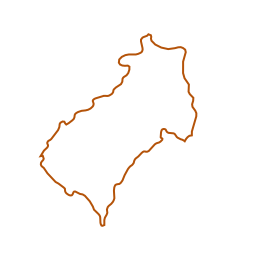 outline of Deux-Sèvres, rotated 234°
{"feature_id": "FRA-5285", "entity_name": "Deux-Sèvres", "entity_type": "Metropolitan department", "adm_level": 1, "iso_a3": "FRA", "parent_name": "France", "parent_adm1": "", "projection": "albers", "projection_center": [-0.346, 46.535], "detail": "fine", "context": "isolated", "style": "outline", "palette": "amber", "viewbox_px": 256, "rotation_deg": 234, "n_neighbors": 0, "source": "natural_earth", "source_scale": "10m", "svg_char_len": 2708}
<svg xmlns="http://www.w3.org/2000/svg" viewBox="0 0 256 256"><g transform="rotate(234 128 128)"><path d="M102.5,192.6L99.8,192.0L97.3,190.1L87.6,177.6L84.5,175.3L85.6,173.1L85.6,170.9L85.0,168.5L83.9,166.1L85.3,165.7L87.0,164.8L87.8,164.1L90.9,162.5L92.0,162.2L95.3,162.3L96.0,162.2L96.9,161.7L100.3,157.9L101.3,157.4L102.3,157.2L103.2,157.3L104.1,157.5L104.7,157.5L105.5,157.1L106.3,156.2L106.7,155.0L106.4,153.8L105.1,152.2L101.3,149.0L100.4,149.0L99.8,149.4L99.0,149.5L98.3,148.7L97.9,146.3L98.0,144.7L98.9,142.1L99.0,141.1L99.0,140.0L97.2,131.3L97.5,129.7L98.2,128.6L99.1,127.9L99.7,127.0L99.9,126.0L99.8,124.4L98.9,119.6L98.8,116.3L98.5,115.1L97.8,113.8L96.4,112.1L95.8,110.4L95.6,109.1L95.7,107.9L95.6,106.8L95.3,105.4L94.8,103.8L91.8,97.5L88.8,92.7L87.9,90.0L87.8,88.2L88.9,86.1L89.2,85.1L89.3,84.4L88.9,83.4L88.0,82.0L85.6,79.8L79.2,75.7L78.2,74.4L77.2,72.6L76.5,69.9L76.3,66.6L75.9,65.1L74.5,63.1L71.5,61.4L70.4,59.7L69.0,56.6L67.5,54.8L63.4,51.8L63.7,50.8L63.7,50.4L64.0,49.7L64.7,49.2L66.3,49.5L67.5,50.0L71.9,52.9L72.9,53.4L74.0,53.6L75.5,53.6L81.9,52.5L85.1,53.4L91.2,54.0L98.4,53.3L100.4,52.5L101.0,52.2L102.9,50.4L107.6,48.0L108.2,47.1L108.1,46.2L106.9,44.2L106.6,43.1L107.0,42.1L107.9,41.2L108.9,40.6L111.2,39.8L112.4,39.7L113.6,39.9L116.1,41.3L117.7,41.0L123.9,39.1L126.9,37.7L138.7,36.2L145.2,36.4L147.4,35.8L148.6,35.7L149.8,36.1L151.0,37.2L151.6,38.7L151.8,40.0L152.2,41.1L152.8,41.8L155.6,42.7L156.6,40.7L159.1,46.7L159.7,51.3L160.4,52.6L161.1,53.2L162.9,53.6L163.7,54.2L164.3,55.5L164.3,56.7L164.1,58.0L164.2,59.5L167.4,70.2L169.1,73.0L171.4,75.1L172.0,76.5L171.7,78.9L170.5,80.2L168.6,79.9L167.1,80.1L166.8,82.8L166.9,87.2L167.2,89.4L168.1,90.9L169.8,92.5L170.4,93.6L170.5,95.1L170.3,96.9L169.2,100.5L167.2,104.0L166.2,106.5L165.8,109.2L166.1,111.9L166.5,113.0L167.2,113.9L167.9,114.5L170.6,115.4L171.2,116.3L171.3,117.9L171.0,119.3L168.2,127.4L165.8,130.5L165.3,131.9L165.1,134.1L165.1,135.2L165.4,136.2L165.8,137.1L167.0,138.3L167.5,139.1L167.9,142.0L167.6,148.1L168.8,150.6L171.0,152.5L171.5,153.5L171.7,154.5L171.5,157.8L172.3,160.5L174.4,163.4L176.8,165.2L178.6,164.5L180.1,162.1L181.9,160.1L184.0,158.9L186.2,159.0L188.6,161.2L189.2,164.8L188.5,168.7L187.0,171.9L182.9,177.5L182.0,179.8L181.5,182.1L181.4,183.4L181.7,184.4L182.7,185.8L184.1,186.7L190.4,189.4L191.9,190.5L192.6,192.9L192.3,194.5L191.8,196.2L191.4,197.8L191.8,199.6L189.6,201.0L188.1,200.4L186.8,199.1L184.8,198.3L179.5,199.1L173.5,202.2L168.2,206.9L165.0,212.9L163.8,216.0L162.4,218.2L160.4,219.5L157.8,220.3L155.4,219.3L149.3,211.6L140.0,204.8L135.0,203.0L127.4,202.8L121.7,198.3L119.1,197.9L114.0,198.6L111.7,196.7L109.5,193.8L107.2,192.6L102.5,192.6Z" fill="none" stroke="#b45309" stroke-width="2"/></g></svg>